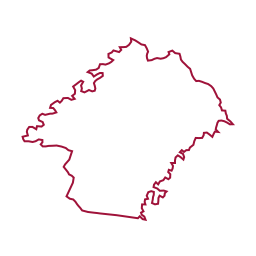 outline of Augusto Pestana, Rio Grande do Sul, Brazil, rotated 276°
{"feature_id": "56859067B36732099712142", "entity_name": "Augusto Pestana", "entity_type": "district", "adm_level": 2, "iso_a3": "BRA", "parent_name": "Brazil", "parent_adm1": "Rio Grande do Sul", "projection": "robinson", "projection_center": [-54.004, -28.532], "detail": "fine", "context": "isolated", "style": "outline", "palette": "rose", "viewbox_px": 256, "rotation_deg": 276, "n_neighbors": 0, "source": "geoboundaries", "source_scale": "gbopen_adm2", "svg_char_len": 3106}
<svg xmlns="http://www.w3.org/2000/svg" viewBox="0 0 256 256"><g transform="rotate(276 128 128)"><path d="M146.1,52.6L142.9,49.0L139.9,48.4L140.0,51.6L137.9,53.7L136.0,55.1L134.4,51.4L134.1,49.0L132.4,44.2L133.2,41.3L131.3,38.9L128.5,37.7L126.3,38.7L125.0,42.5L122.4,43.9L120.4,41.9L120.3,37.3L117.2,36.9L119.1,32.8L118.7,29.6L115.8,28.0L113.6,27.8L110.1,29.2L108.3,24.1L105.9,25.0L104.0,26.5L104.4,30.7L104.1,34.6L105.2,37.5L107.3,40.4L107.1,44.1L104.9,44.4L102.6,42.9L100.8,45.1L101.1,48.1L101.9,50.9L102.4,54.5L103.1,58.8L102.6,63.8L101.6,68.2L99.7,71.1L99.1,74.8L90.4,72.9L85.2,69.2L82.6,68.1L79.8,70.9L77.6,73.0L75.7,74.2L74.7,77.0L73.0,79.2L67.8,78.9L53.6,74.0L51.6,77.5L51.2,81.0L49.2,83.4L46.8,85.4L45.1,87.1L43.6,88.8L41.2,91.0L40.3,96.9L40.2,102.6L40.2,106.2L40.1,109.0L40.1,119.8L40.1,125.8L39.3,147.3L41.4,148.9L38.9,152.1L38.6,155.0L41.6,153.5L43.2,150.7L45.2,149.8L46.7,152.1L49.7,150.1L53.5,150.0L53.8,153.3L56.2,152.3L58.8,152.4L59.7,155.3L62.6,153.7L66.3,154.9L67.6,157.7L67.1,160.4L64.2,160.6L61.9,160.1L59.4,160.1L55.9,159.7L54.9,162.8L55.8,165.8L58.7,165.8L61.6,165.6L64.0,166.5L62.6,169.9L64.5,171.4L67.0,171.4L68.9,173.0L69.5,170.1L68.9,166.2L70.9,163.4L71.9,159.6L74.4,159.8L77.0,161.4L75.1,163.9L78.2,165.3L79.8,168.6L82.7,170.2L81.3,173.5L83.0,175.1L86.5,174.9L88.4,172.6L90.7,173.0L90.1,175.8L92.4,176.6L95.0,176.7L97.7,174.7L98.1,178.4L100.7,178.1L103.7,178.4L106.0,180.4L104.6,183.2L102.4,186.4L104.9,186.9L108.0,185.4L109.3,182.1L111.6,183.8L110.1,186.2L112.1,188.3L112.4,190.9L115.0,191.6L118.1,194.8L121.8,195.3L125.2,196.4L125.4,199.7L125.9,202.8L128.8,204.0L131.1,204.0L131.7,206.9L130.0,209.8L128.0,212.8L131.4,213.9L133.5,214.8L133.5,218.1L135.8,215.4L137.9,215.6L140.4,216.1L142.5,216.4L144.6,217.4L145.2,220.1L144.8,223.1L143.7,226.1L142.3,228.9L142.7,231.9L145.2,229.2L147.6,225.6L150.5,225.0L152.6,223.8L155.4,223.0L155.3,219.6L158.2,218.4L160.3,216.4L163.0,217.6L165.9,216.5L167.8,213.8L170.8,212.1L173.2,210.6L176.2,208.7L178.3,206.4L180.1,203.1L180.8,199.8L181.7,196.7L182.3,193.6L181.8,190.9L183.9,188.6L187.1,186.3L193.3,183.6L195.1,180.9L197.6,177.9L199.5,175.4L201.6,173.5L204.6,172.6L207.2,171.5L207.4,167.1L209.6,164.0L207.8,160.4L205.6,161.4L202.4,158.4L201.1,155.9L200.3,153.2L200.6,149.6L199.6,147.1L198.0,144.5L197.1,140.8L199.5,139.6L201.8,139.1L203.9,139.3L206.0,140.0L209.2,138.3L212.2,136.2L212.5,132.6L214.1,129.6L215.9,126.0L217.4,121.5L214.2,122.2L210.8,120.3L208.5,117.8L208.0,115.3L207.5,111.4L205.0,113.1L202.6,111.2L203.6,105.4L201.4,103.9L199.6,100.8L196.1,101.3L194.0,106.2L192.0,104.5L190.3,102.3L188.7,99.0L188.9,96.4L188.5,93.5L184.7,92.6L182.7,90.2L181.7,86.4L181.2,83.9L179.4,82.1L178.3,86.2L175.6,88.6L178.2,91.8L179.8,94.4L180.0,97.0L177.2,97.5L174.9,94.9L173.1,92.3L171.3,90.5L169.1,89.4L166.3,90.6L163.8,91.4L161.6,91.0L160.7,88.6L161.7,85.2L160.3,83.2L158.9,81.0L159.8,77.6L162.5,78.0L165.4,76.9L169.3,78.6L170.2,76.4L168.4,74.3L165.8,71.6L163.5,69.1L160.1,71.5L156.5,71.6L154.1,69.1L151.4,71.9L150.1,68.7L151.6,65.1L150.9,60.6L148.0,59.2L146.1,57.6L147.7,55.1L146.1,52.6Z" fill="none" stroke="#9f1239" stroke-width="2"/></g></svg>